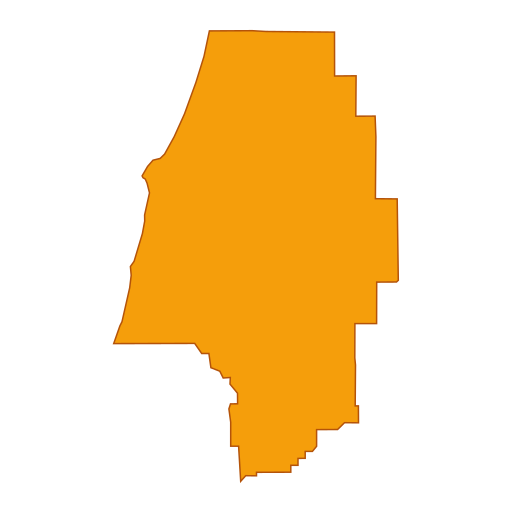 the district of Coos, Oregon, United States of America
{"feature_id": "52423323B77484921359838", "entity_name": "Coos", "entity_type": "district", "adm_level": 2, "iso_a3": "USA", "parent_name": "United States of America", "parent_adm1": "Oregon", "projection": "equal_earth", "projection_center": [-124.106, 43.139], "detail": "fine", "context": "isolated", "style": "filled", "palette": "amber", "viewbox_px": 512, "rotation_deg": 0, "n_neighbors": 0, "source": "geoboundaries", "source_scale": "gbopen_adm2", "svg_char_len": 1036}
<svg xmlns="http://www.w3.org/2000/svg" viewBox="0 0 512 512"><path d="M358.5,422.8L358.4,405.9L355.2,405.9L355.5,365.0L354.8,357.9L354.9,323.6L376.6,323.6L376.7,282.1L396.5,282.0L398.3,280.3L397.2,198.9L375.4,198.7L375.9,136.8L375.1,116.1L355.8,116.2L356.1,75.8L334.6,76.0L334.5,32.1L266.2,31.5L252.4,30.7L209.4,30.9L204.0,56.4L195.9,82.5L184.5,113.9L174.2,136.7L164.5,154.3L164.4,154.3L160.2,158.4L153.0,160.2L147.6,166.4L142.1,175.9L143.0,177.7L145.3,179.1L147.1,183.3L149.5,192.9L144.6,215.0L144.7,221.1L142.4,233.6L134.1,261.3L130.4,266.5L131.2,275.3L129.7,287.8L122.0,321.7L119.9,325.9L113.7,343.6L194.7,343.4L201.7,353.5L208.9,353.5L210.9,367.7L219.8,371.2L223.2,378.0L230.3,377.5L230.0,384.1L237.5,393.2L237.6,403.8L230.5,403.9L228.9,408.9L230.7,422.2L230.7,446.2L238.6,446.2L240.7,481.3L245.7,475.7L256.5,475.8L256.5,472.3L290.8,472.2L290.8,465.3L298.0,465.3L298.0,458.4L305.2,458.3L305.2,451.4L312.4,451.4L316.6,446.3L316.6,429.6L337.6,429.5L344.5,422.7L358.5,422.8Z" fill="#f59e0b" stroke="#b45309" stroke-width="1.5"/></svg>